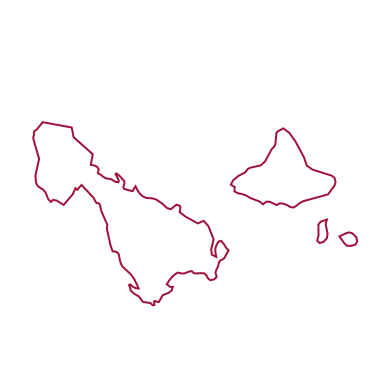 SVG path tracing the border of Malampa, rotated 347°
{"feature_id": "VUT-563", "entity_name": "Malampa", "entity_type": "Province", "adm_level": 1, "iso_a3": "VUT", "parent_name": "Vanuatu", "parent_adm1": "", "projection": "robinson", "projection_center": [167.696, -16.227], "detail": "fine", "context": "isolated", "style": "outline", "palette": "rose", "viewbox_px": 384, "rotation_deg": 347, "n_neighbors": 0, "source": "natural_earth", "source_scale": "10m", "svg_char_len": 2840}
<svg xmlns="http://www.w3.org/2000/svg" viewBox="0 0 384 384"><g transform="rotate(347 192 192)"><path d="M206.8,246.3L209.3,246.1L211.2,249.6L212.8,254.1L214.5,257.0L208.7,263.6L206.8,264.5L203.6,265.3L202.1,267.3L200.8,270.1L198.3,273.2L196.7,275.9L196.9,278.3L196.8,280.4L194.0,282.1L190.0,282.1L188.2,279.8L187.3,276.5L185.6,274.0L183.3,273.3L176.8,272.1L175.5,271.5L174.0,269.0L170.4,268.9L166.7,269.6L164.5,269.4L159.8,267.3L154.4,269.6L149.5,273.4L146.6,276.3L148.2,278.0L148.9,279.1L149.8,279.7L152.0,280.2L149.6,283.7L146.6,285.0L140.2,286.0L135.0,291.7L133.5,291.4L131.8,290.0L130.5,290.0L130.0,293.6L128.4,293.6L126.4,290.7L119.6,288.2L116.6,281.7L113.3,278.7L110.3,274.7L109.8,268.4L111.4,268.4L112.4,270.3L114.0,271.9L115.9,273.2L118.2,274.0L117.5,269.5L116.1,263.9L113.9,258.5L107.8,249.5L106.7,246.4L106.4,242.2L106.6,237.0L106.4,235.5L105.2,233.7L103.6,232.7L102.1,232.2L101.3,231.8L100.6,225.7L100.8,208.4L102.1,204.8L99.5,191.1L99.3,189.5L99.5,184.5L98.9,182.3L97.8,181.6L96.6,181.4L96.1,180.5L94.8,175.6L86.0,160.3L82.1,162.9L80.8,164.1L79.3,162.1L75.3,167.4L64.0,175.7L58.1,169.8L54.8,168.4L52.2,169.9L50.5,167.0L49.9,164.3L49.6,161.4L48.8,158.4L46.9,155.5L44.7,153.5L42.9,151.2L42.1,147.6L43.1,140.9L50.5,125.2L49.4,106.6L49.6,103.0L50.9,100.7L51.3,98.5L52.2,97.0L54.7,96.3L62.2,90.4L89.3,102.1L89.0,112.0L103.8,132.9L99.5,142.8L102.6,144.1L105.2,146.1L106.2,148.8L104.5,152.4L106.7,154.4L108.9,157.1L111.1,159.3L116.0,161.2L119.8,165.0L122.4,165.9L123.2,164.8L122.8,162.3L121.5,157.3L122.5,156.8L124.9,159.8L128.4,165.9L128.1,168.4L126.2,171.5L126.6,173.8L132.1,176.7L133.4,177.6L134.9,177.6L135.7,176.1L136.5,175.3L137.3,174.7L138.3,173.8L139.0,177.0L140.1,180.2L141.5,183.1L143.4,185.5L146.2,187.5L151.9,189.3L155.2,191.1L160.7,197.0L163.9,201.9L167.4,204.0L174.0,200.9L176.3,202.3L177.2,202.7L177.2,204.8L175.5,208.9L179.9,214.3L190.6,223.9L196.9,222.7L200.3,229.0L202.4,243.0L197.7,252.4L197.3,257.6L201.0,260.7L201.3,255.2L202.3,251.7L204.1,249.0L206.8,246.3ZM297.9,226.0L294.5,227.0L290.9,228.8L287.4,230.0L284.4,228.7L281.5,226.0L278.2,223.8L274.9,222.8L271.8,223.9L265.3,218.8L262.0,218.2L258.4,220.0L256.0,216.7L247.8,211.2L243.9,207.6L240.4,205.3L236.1,203.3L233.5,200.9L234.8,196.9L231.5,193.6L234.7,189.9L240.7,186.8L248.0,184.9L251.6,182.1L254.0,181.5L265.0,181.5L270.1,178.6L279.3,168.2L282.7,165.9L283.9,164.3L287.7,153.2L289.9,152.0L295.3,150.5L300.2,156.4L304.1,165.8L308.9,183.4L309.8,192.1L314.5,197.3L332.1,207.7L333.9,210.1L334.2,214.3L332.4,217.7L324.0,224.9L297.9,226.0ZM305.5,262.8L307.8,252.2L310.6,249.9L317.2,249.2L315.0,253.4L314.7,263.2L313.0,267.4L308.7,270.3L304.7,270.3L303.0,267.7L305.5,262.8ZM334.1,280.2L330.8,279.1L328.7,275.9L325.7,268.4L332.9,266.8L336.0,266.7L339.0,268.4L341.9,273.0L341.9,277.3L339.3,280.1L334.1,280.2Z" fill="none" stroke="#9f1239" stroke-width="2"/></g></svg>